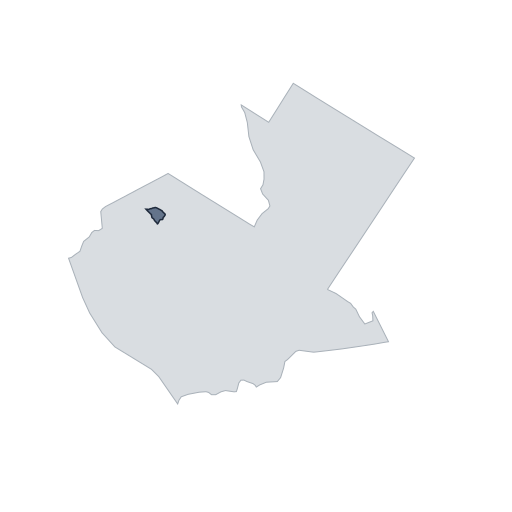 Todos Santos Cuchumatán, Huehuetenango, Guatemala (highlighted), rotated 32°
{"feature_id": "79465075B37558522420753", "entity_name": "Todos Santos Cuchumatán", "entity_type": "district", "adm_level": 2, "iso_a3": "GTM", "parent_name": "Guatemala", "parent_adm1": "Huehuetenango", "projection": "albers", "projection_center": [-91.561, 15.562], "detail": "fine", "context": "in_parent", "style": "filled", "palette": "slate", "viewbox_px": 512, "rotation_deg": 32, "n_neighbors": 0, "source": "geoboundaries", "source_scale": "gbopen_adm2", "svg_char_len": 2732}
<svg xmlns="http://www.w3.org/2000/svg" viewBox="0 0 512 512"><g transform="rotate(32 256 256)"><path d="M98.2,357.2L100.2,355.1L102.0,350.3L104.2,345.3L102.9,339.6L102.1,334.9L104.5,328.1L104.3,323.1L105.5,319.9L109.1,317.9L111.0,314.0L100.8,300.6L100.8,297.6L102.2,293.8L110.5,279.6L120.3,262.6L131.2,243.9L137.7,232.6L161.5,232.6L177.2,232.6L197.2,232.5L218.9,232.4L233.2,232.4L239.1,232.2L238.0,224.9L238.7,216.8L241.3,209.4L241.3,206.2L237.0,202.2L228.8,199.9L224.2,196.5L224.2,192.0L222.1,186.6L218.1,180.3L209.9,173.9L197.3,167.4L186.7,158.5L177.9,147.4L170.4,140.3L164.7,137.3L163.4,135.7L180.1,135.8L195.9,135.9L196.0,120.0L196.0,105.8L196.1,89.8L224.7,89.8L258.8,89.6L294.3,89.4L322.1,89.1L338.5,89.0L337.9,108.8L337.3,131.8L336.9,148.7L336.3,171.2L335.7,194.3L334.8,225.7L334.3,246.0L334.6,246.5L344.0,245.4L357.9,246.1L361.3,246.0L365.5,247.7L368.8,248.2L375.9,252.7L384.3,256.0L389.5,249.0L386.6,244.8L384.5,242.7L384.8,240.8L413.8,258.5L410.5,261.3L403.2,267.9L390.1,279.1L378.3,289.1L367.0,298.2L356.7,306.4L355.5,307.2L342.5,313.1L340.3,315.8L337.6,327.2L336.4,330.1L338.8,336.4L341.3,346.1L340.6,351.2L331.6,357.6L327.5,363.3L325.7,367.0L324.0,366.1L321.2,365.8L314.7,367.3L311.6,367.6L309.0,369.3L308.7,372.8L310.5,378.5L311.2,381.4L309.4,382.8L301.4,386.3L298.3,389.7L295.3,395.0L291.8,397.2L288.1,396.8L285.5,397.6L280.0,401.6L271.7,409.3L267.2,415.0L267.1,419.2L268.0,423.0L237.4,409.8L227.3,407.5L184.5,407.9L166.1,402.7L145.2,392.5L131.1,383.2L98.2,357.2Z" fill="#d9dde1" stroke="#a8b0b8" stroke-width="1"/><path d="M157.2,271.4L157.2,270.9L157.2,269.9L157.2,269.6L157.2,269.3L157.1,269.1L156.9,268.9L156.8,268.7L156.7,268.7L156.4,268.6L156.0,268.5L155.9,268.4L155.7,268.4L154.6,268.2L154.3,268.1L154.2,268.1L153.5,267.9L153.3,267.9L152.8,267.7L152.6,267.5L152.3,267.4L151.7,267.5L151.4,267.5L151.0,267.5L149.6,267.5L148.6,267.7L148.1,267.7L147.4,267.7L146.6,267.8L146.3,267.8L145.3,268.1L144.7,268.3L144.4,268.8L143.7,269.4L143.2,269.9L142.8,270.2L142.5,270.8L142.3,271.1L142.2,271.3L141.2,271.9L140.9,272.6L139.9,273.7L139.6,273.8L139.3,273.8L137.9,274.6L140.1,275.2L144.6,276.2L145.2,276.2L145.3,276.2L145.5,276.4L145.9,277.1L146.5,277.6L147.1,278.3L147.5,278.6L148.1,278.7L149.0,278.7L149.5,278.8L150.1,279.0L150.4,279.2L150.8,279.5L151.2,279.7L152.2,280.0L152.3,280.0L152.7,280.1L153.0,280.1L153.3,280.3L153.7,280.3L154.0,280.4L154.7,280.7L155.2,280.8L155.4,281.0L155.5,280.9L155.6,280.5L155.6,280.3L155.6,279.6L155.6,279.3L155.4,277.4L155.4,276.7L155.5,276.2L155.7,275.8L155.9,275.6L156.3,275.3L156.6,275.2L156.8,275.1L157.3,274.7L157.4,274.3L157.4,274.0L157.4,273.8L157.3,273.7L157.1,273.2L156.9,272.5L156.9,272.2L157.0,271.8L157.2,271.4Z" fill="#64748b" stroke="#1e293b" stroke-width="1.5"/></g></svg>